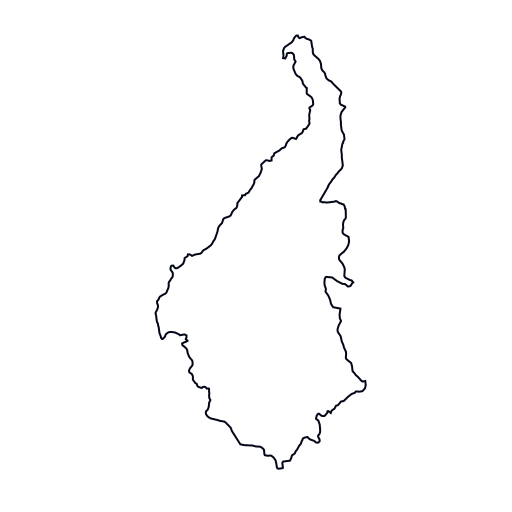 the district of Montes de Oro, Puntarenas, Costa Rica, rotated 353°
{"feature_id": "36466004B99490544719136", "entity_name": "Montes de Oro", "entity_type": "district", "adm_level": 2, "iso_a3": "CRI", "parent_name": "Costa Rica", "parent_adm1": "Puntarenas", "projection": "robinson", "projection_center": [-84.712, 10.146], "detail": "fine", "context": "isolated", "style": "outline", "palette": "ink", "viewbox_px": 512, "rotation_deg": 353, "n_neighbors": 0, "source": "geoboundaries", "source_scale": "gbopen_adm2", "svg_char_len": 6104}
<svg xmlns="http://www.w3.org/2000/svg" viewBox="0 0 512 512"><g transform="rotate(353 256 256)"><path d="M307.0,62.9L309.1,63.5L310.9,60.9L311.3,58.9L311.9,58.5L315.2,58.5L316.5,58.8L317.2,59.5L318.0,60.8L318.1,63.0L317.9,65.5L319.0,67.8L316.3,71.7L316.0,73.3L316.0,74.7L317.5,80.1L318.8,82.1L321.0,83.7L321.8,84.6L323.3,87.5L323.6,90.8L326.3,95.1L326.9,95.5L326.2,99.9L326.3,101.3L330.2,104.9L331.0,106.5L331.4,108.3L331.3,112.3L330.6,113.3L329.3,114.2L327.8,114.8L327.0,115.6L327.0,116.3L327.6,117.5L327.6,117.9L326.0,122.4L325.7,126.9L325.2,128.1L325.3,130.8L324.7,131.9L321.2,135.8L319.1,135.9L318.5,136.2L318.1,136.9L318.1,137.5L316.5,139.6L312.8,141.2L311.4,142.7L310.6,144.1L310.0,144.7L306.6,143.1L305.8,143.1L304.1,144.0L301.1,146.5L299.7,148.3L299.1,149.8L297.8,151.6L294.8,152.2L292.1,154.1L286.7,156.3L285.8,158.5L283.7,159.8L283.4,160.4L283.1,163.1L280.9,163.3L278.8,162.4L277.6,162.2L275.8,163.2L275.5,163.6L272.6,165.6L272.2,166.4L272.4,170.3L270.9,173.6L268.7,177.0L264.1,180.1L263.6,180.6L263.4,182.5L262.7,184.1L259.7,188.3L258.3,189.5L256.4,192.0L255.8,192.4L253.6,193.0L252.9,193.6L252.6,194.3L249.5,194.2L249.3,195.7L243.9,201.3L243.9,202.4L243.1,204.7L242.3,206.0L240.4,207.0L238.1,209.0L235.8,212.7L234.2,213.5L229.7,214.4L228.6,214.9L227.9,215.6L226.3,219.2L223.6,221.3L222.3,222.9L221.6,224.3L220.7,227.2L217.2,234.3L215.4,236.2L214.2,238.1L212.6,239.8L208.2,242.4L204.2,244.1L202.3,246.2L201.0,246.9L195.8,247.1L192.5,248.1L191.4,247.0L190.3,246.3L188.6,246.1L188.0,247.9L185.2,249.2L184.8,249.6L184.6,251.2L182.8,254.7L180.7,256.2L176.8,258.3L175.1,258.5L174.0,257.9L172.7,255.4L171.2,255.3L170.4,255.8L169.7,257.5L169.5,259.1L171.3,262.5L171.2,264.8L170.5,266.8L168.9,268.3L168.0,269.7L166.5,271.1L165.9,272.6L165.8,274.8L165.2,276.9L162.6,281.4L161.3,282.4L159.0,283.1L155.8,284.6L155.0,285.4L154.0,287.3L152.2,288.9L152.1,290.7L152.6,292.8L152.6,294.5L151.6,296.8L149.5,299.9L149.3,300.6L149.6,303.0L149.6,308.6L150.4,311.5L150.4,313.5L150.7,314.3L150.8,320.7L151.7,324.3L151.7,325.4L152.6,327.0L153.3,327.0L155.8,325.0L156.6,323.3L157.5,322.3L160.0,321.0L162.6,321.0L166.4,322.1L169.3,323.9L170.3,324.6L170.8,325.4L175.4,325.1L177.3,326.3L177.1,328.4L176.3,329.4L176.2,330.2L177.6,331.4L177.7,331.9L175.6,332.8L174.4,332.9L172.0,333.8L172.0,335.2L172.7,336.3L173.5,336.9L175.6,339.3L176.2,341.0L176.4,344.3L177.5,348.2L179.7,351.6L180.1,352.7L179.9,356.0L178.9,357.5L177.0,359.2L175.8,361.0L175.5,362.0L175.7,363.4L177.9,365.3L178.7,367.6L178.3,371.1L180.3,374.7L181.6,375.7L181.9,377.5L182.7,378.8L185.8,380.3L186.3,380.3L187.3,379.5L188.8,379.5L190.2,380.3L190.9,381.6L192.9,381.7L193.2,382.0L193.2,383.1L192.9,384.5L192.9,387.1L192.4,388.6L192.4,391.7L193.1,393.0L193.1,393.6L191.6,395.9L190.8,399.7L190.1,401.3L189.0,403.0L187.7,403.8L187.1,404.9L187.1,406.9L188.0,408.7L189.2,410.2L191.5,411.8L198.0,414.2L200.3,415.3L204.4,416.5L205.7,417.7L209.9,423.3L210.8,426.9L217.5,441.0L221.3,442.3L229.5,443.7L232.6,445.0L236.5,445.7L237.6,446.2L239.0,447.5L240.3,449.2L240.2,454.0L240.5,454.8L243.3,455.7L246.0,455.8L247.0,456.2L249.0,458.3L250.5,461.2L250.8,463.9L251.0,468.6L251.7,469.6L252.6,469.9L256.6,469.8L256.9,469.5L256.9,464.5L257.7,463.5L258.3,463.3L264.8,463.3L266.4,460.7L267.4,458.3L270.3,456.8L270.8,456.2L271.4,454.8L273.0,453.4L275.9,449.4L277.6,447.9L278.8,445.3L279.9,443.9L280.1,443.1L280.5,442.7L282.1,442.2L285.0,441.9L286.4,443.8L287.6,444.8L291.2,446.6L292.6,448.2L294.1,448.8L295.1,448.8L296.4,447.8L296.7,447.4L296.7,445.7L295.7,443.3L295.7,441.9L297.3,440.4L298.2,438.5L298.5,436.3L298.7,431.0L297.8,427.0L297.2,426.2L296.0,425.4L295.8,424.5L296.9,421.7L298.0,420.5L298.4,420.2L299.6,420.3L300.5,421.6L301.8,422.7L303.3,423.1L304.5,423.1L305.1,422.7L307.7,420.2L308.1,418.8L308.6,418.7L308.8,418.7L311.1,420.9L312.2,418.7L315.4,417.0L317.0,414.5L319.4,413.9L322.6,410.8L325.4,410.6L330.3,406.9L334.1,404.6L337.2,403.9L338.7,402.6L342.2,403.3L345.2,403.1L348.1,400.6L349.2,397.3L349.2,393.4L346.4,393.6L345.4,392.7L342.4,388.4L340.5,386.3L339.7,384.7L338.1,382.5L337.8,381.9L337.9,377.4L337.4,373.8L333.4,369.7L332.8,368.7L332.8,367.6L333.5,364.5L333.6,362.0L332.1,357.4L331.9,355.1L330.7,351.1L330.4,347.1L330.0,345.4L328.3,342.1L327.9,341.0L327.9,339.6L328.0,338.7L329.5,335.2L332.4,331.0L332.4,330.3L331.6,328.1L331.8,324.4L333.4,318.5L326.3,316.2L325.0,313.5L324.6,312.4L324.2,308.4L322.9,304.0L320.7,300.0L320.7,299.2L321.3,297.8L321.3,296.7L320.6,293.5L320.6,291.1L321.4,287.2L322.4,285.6L323.2,285.3L329.0,286.6L333.4,290.8L338.6,294.3L340.2,294.5L341.3,295.0L343.5,297.5L345.8,297.4L346.9,296.5L347.9,294.9L349.3,294.0L347.9,291.9L346.2,291.2L343.0,289.1L341.8,288.1L341.3,287.0L341.3,285.7L341.6,284.7L342.4,280.5L342.4,278.4L341.0,274.2L338.4,270.2L338.1,269.4L338.1,267.2L338.9,265.6L342.9,262.9L343.3,262.9L346.9,259.4L349.0,256.3L350.2,252.7L350.2,248.3L346.0,245.3L345.0,244.0L344.8,243.2L345.1,240.7L346.0,239.1L346.2,235.2L346.9,232.8L347.9,231.1L349.4,229.8L349.9,228.6L350.7,220.8L350.4,220.7L350.4,220.0L350.1,219.7L350.1,217.6L349.2,215.5L347.6,214.9L346.6,214.1L345.5,213.9L342.9,211.6L341.8,211.2L340.7,211.6L332.7,211.6L330.5,210.9L328.6,210.9L327.2,209.8L326.5,209.8L326.5,208.5L335.7,196.5L335.8,195.7L336.6,195.1L337.0,194.0L339.7,191.3L341.2,189.3L343.1,187.8L345.1,185.3L347.1,183.7L348.8,181.8L349.9,181.2L351.8,179.5L353.2,176.8L353.2,167.9L353.5,166.6L353.5,161.1L355.3,155.5L355.8,154.6L356.3,154.3L356.5,153.0L358.0,151.0L358.1,150.3L358.1,146.2L356.6,142.6L356.3,141.3L356.3,135.1L356.6,134.5L356.6,129.7L356.9,127.1L358.4,123.6L362.7,119.3L362.7,118.6L358.8,116.2L357.8,114.8L358.1,110.1L358.9,107.7L359.9,106.2L360.5,104.5L360.5,103.2L353.6,94.5L351.9,91.9L350.0,90.8L348.5,89.4L347.6,88.2L346.8,85.0L346.8,83.5L346.2,82.1L344.4,79.8L343.7,77.5L343.9,73.5L343.3,70.2L341.9,67.9L338.4,64.0L337.5,62.7L337.2,60.4L337.6,57.3L337.2,55.4L337.0,49.0L334.6,47.3L332.6,46.5L331.5,45.5L330.8,44.3L328.2,44.4L326.0,45.1L324.9,44.3L324.4,42.3L323.5,42.1L322.5,42.4L321.2,43.5L320.0,44.9L319.6,46.0L317.6,48.2L310.3,52.0L309.3,52.9L307.8,55.9L307.7,60.7L307.0,62.9Z" fill="none" stroke="#020617" stroke-width="2"/></g></svg>